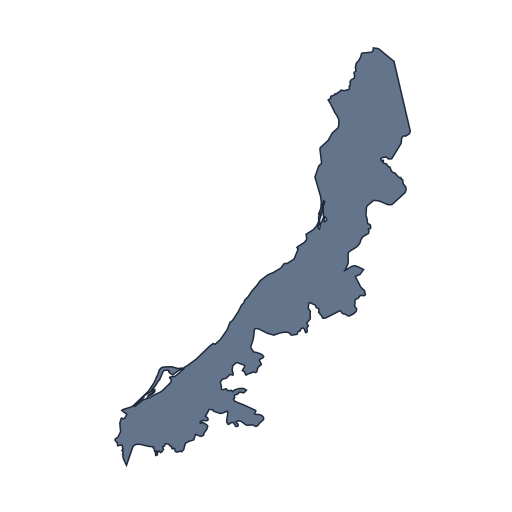 SVG path tracing the border of Veracruz, rotated 254°
{"feature_id": "MEX-2734", "entity_name": "Veracruz", "entity_type": "State", "adm_level": 1, "iso_a3": "MEX", "parent_name": "Mexico", "parent_adm1": "", "projection": "albers", "projection_center": [-96.92, 19.815], "detail": "fine", "context": "isolated", "style": "filled", "palette": "slate", "viewbox_px": 512, "rotation_deg": 254, "n_neighbors": 0, "source": "natural_earth", "source_scale": "10m", "svg_char_len": 6084}
<svg xmlns="http://www.w3.org/2000/svg" viewBox="0 0 512 512"><g transform="rotate(254 256 256)"><path d="M144.6,84.4L145.1,85.8L145.3,94.4L146.0,96.9L155.6,115.2L162.3,123.1L167.7,127.5L168.4,128.5L173.1,131.6L174.8,134.5L174.6,137.4L172.7,144.6L169.4,149.9L168.5,154.7L168.0,154.7L167.2,149.9L164.6,143.1L168.0,140.4L169.2,140.2L169.9,140.7L171.0,138.5L171.2,136.2L170.7,135.0L163.6,129.2L162.7,127.5L159.2,123.8L156.2,119.3L154.7,118.1L152.5,110.1L150.8,108.9L144.6,96.9L144.9,98.5L148.6,107.0L149.3,115.7L150.6,120.4L151.5,126.4L152.5,129.1L157.7,138.7L158.7,139.8L160.8,140.4L162.7,139.3L163.4,140.1L162.7,144.3L162.9,145.7L167.4,155.6L168.4,156.0L168.9,156.9L169.4,159.5L173.3,170.0L182.4,187.2L183.7,190.8L182.4,192.2L185.5,198.7L193.1,208.0L199.3,212.6L200.3,215.3L201.2,216.5L207.5,223.7L212.8,228.6L214.3,231.3L216.7,233.0L219.0,237.1L223.3,242.2L227.7,249.0L231.2,253.3L234.6,262.2L235.4,268.3L237.6,276.6L240.6,280.4L240.9,281.7L240.3,283.4L240.4,284.4L242.3,290.9L243.1,292.2L251.1,298.4L252.8,297.6L253.5,298.6L255.7,306.1L257.5,308.7L258.9,309.6L263.1,310.1L265.5,318.4L268.1,322.4L272.0,325.8L275.9,326.8L278.1,328.1L278.1,330.5L273.4,327.2L269.7,326.1L267.3,323.8L265.8,323.4L264.4,324.2L265.9,325.5L269.5,326.9L270.2,328.2L274.5,331.5L274.5,332.0L273.4,332.0L270.6,331.0L269.9,331.5L270.9,333.5L271.6,334.0L273.4,333.7L274.9,332.9L275.4,332.1L276.7,332.0L285.2,334.3L289.3,337.2L290.4,336.2L287.8,334.5L283.4,333.0L279.8,331.1L279.5,328.1L284.0,331.5L289.4,333.5L295.3,334.5L315.6,334.4L324.8,340.8L325.7,341.8L326.7,344.2L328.1,344.8L341.1,346.9L342.5,347.7L347.2,357.2L353.3,363.4L356.5,370.1L359.1,371.7L364.2,373.2L369.4,372.3L371.7,371.4L381.4,369.7L386.1,368.4L386.9,371.2L388.9,371.8L389.1,375.5L390.2,376.6L389.4,377.8L390.6,379.6L390.9,381.8L392.1,383.3L390.6,386.3L390.5,391.2L391.5,392.1L393.4,392.3L394.1,393.6L397.7,394.5L399.1,396.0L400.0,399.7L402.6,400.5L405.0,400.6L405.6,401.1L406.1,403.0L410.1,403.6L413.7,405.5L415.4,408.3L418.3,411.4L421.2,413.0L421.8,414.1L420.1,423.0L420.5,424.4L421.4,425.2L423.7,426.1L421.9,430.3L420.7,431.5L405.0,442.3L333.5,438.7L331.3,437.3L329.9,432.8L330.7,432.0L330.7,431.5L330.2,429.9L329.3,428.6L324.2,426.5L312.0,413.2L312.8,410.0L315.3,408.6L315.8,404.2L315.0,402.7L312.9,402.9L312.5,403.4L313.1,404.5L312.7,404.8L310.5,403.9L308.4,406.9L305.2,407.9L304.7,409.2L300.2,409.6L298.9,410.4L297.1,412.8L295.5,413.2L292.0,415.2L291.6,416.8L289.8,417.0L288.9,418.0L284.8,417.4L280.7,419.1L277.6,418.2L275.8,416.7L268.2,401.4L268.1,399.5L269.2,396.6L274.0,390.8L275.8,387.9L277.0,384.6L274.1,377.8L272.8,375.8L264.2,372.7L262.3,373.1L256.4,372.3L254.7,374.3L252.9,374.5L251.3,373.9L250.6,373.1L250.9,371.9L250.6,371.3L248.4,371.4L246.7,370.3L245.2,364.5L244.6,363.4L242.9,361.5L239.9,359.5L238.1,357.3L236.7,354.4L234.5,346.6L233.4,345.5L231.9,344.9L224.4,342.9L222.1,341.5L217.6,337.5L219.5,344.5L219.7,346.9L219.0,349.1L217.6,351.0L213.4,355.7L209.6,350.9L209.2,347.3L208.6,345.9L197.0,348.2L192.6,350.9L191.6,350.5L189.5,350.7L188.6,350.4L188.0,349.4L189.2,345.8L188.9,344.7L187.3,342.8L186.9,340.3L186.2,338.9L182.8,338.0L181.5,337.2L180.6,337.1L177.4,338.2L175.1,337.0L173.5,333.8L172.6,329.5L173.3,327.6L175.5,325.8L176.6,323.5L180.3,321.8L177.4,306.9L177.3,304.7L177.8,303.0L180.9,302.4L184.3,300.7L188.1,301.8L189.9,299.6L191.5,299.7L192.8,299.1L196.5,294.6L196.5,294.1L195.7,293.6L192.1,292.0L190.6,292.0L187.9,293.0L184.3,291.7L181.5,291.2L180.4,290.5L177.5,286.2L174.4,287.1L172.8,285.0L169.7,284.6L168.9,284.1L168.4,283.0L169.0,282.5L172.4,282.3L173.6,281.6L174.1,280.5L173.5,279.2L171.6,277.4L171.8,275.7L169.4,273.9L170.0,268.8L170.7,267.6L171.9,267.5L173.9,265.5L175.0,261.8L175.4,257.6L175.0,251.3L178.6,245.6L185.2,238.5L186.4,235.6L185.3,233.9L179.7,231.8L175.5,229.6L170.3,226.0L168.8,225.8L164.4,227.4L163.1,230.0L161.0,233.0L159.2,234.8L157.2,235.7L156.2,234.6L155.5,230.9L154.5,230.5L150.7,231.4L149.9,230.8L148.4,227.2L144.4,224.8L144.1,223.6L145.4,220.4L144.8,218.9L144.9,216.0L144.2,213.8L144.8,213.2L147.6,213.1L149.8,211.3L152.4,214.3L153.3,214.8L154.5,214.4L158.7,208.6L158.6,206.9L156.7,203.2L152.7,201.6L149.0,201.7L147.9,201.1L148.0,200.4L149.4,198.8L146.8,193.9L146.7,189.4L144.3,186.9L140.1,186.8L138.0,186.0L137.2,186.4L136.6,187.3L136.6,190.7L134.4,191.9L134.0,192.6L133.6,195.4L132.0,196.0L133.2,198.6L133.2,203.9L132.0,207.7L129.7,209.9L128.0,207.0L128.0,205.9L129.6,203.1L129.5,202.0L128.3,200.5L128.3,197.5L127.7,196.6L125.7,196.5L124.6,194.9L122.5,195.5L120.2,197.9L116.4,203.0L107.6,213.2L106.7,213.0L104.9,211.1L104.0,211.7L102.9,215.1L101.1,217.6L98.8,218.8L96.7,218.2L94.5,213.7L92.3,210.4L92.2,208.8L94.6,206.3L95.6,201.2L96.4,199.8L101.1,196.2L102.3,193.9L102.4,191.4L101.7,191.1L99.3,192.4L98.1,192.2L97.4,191.5L97.3,190.5L98.0,189.4L102.3,188.3L102.6,185.5L101.6,183.5L102.0,182.7L104.1,182.1L105.9,182.4L112.7,185.6L114.8,185.5L114.2,180.3L114.6,177.9L118.6,172.4L120.1,172.0L121.4,168.6L121.0,167.9L119.5,167.0L118.7,165.7L117.4,165.1L116.1,163.0L113.7,164.9L111.8,164.9L111.1,163.5L112.6,159.7L112.1,156.8L111.3,156.3L110.6,156.5L110.7,158.9L109.5,160.3L106.5,162.6L105.5,162.6L103.1,161.0L99.9,157.0L98.3,156.3L97.8,155.0L98.0,153.0L101.1,148.7L96.4,145.4L96.3,140.2L95.5,136.6L89.8,133.1L88.3,130.6L89.4,129.3L89.1,127.1L89.5,125.3L90.5,124.5L93.0,124.8L94.0,123.9L93.4,123.3L93.8,122.4L94.8,121.9L96.3,122.4L96.7,121.5L99.2,120.0L100.5,117.5L100.3,116.6L98.7,115.9L98.3,113.6L95.6,113.8L93.7,111.5L93.4,110.0L95.1,109.5L94.5,108.1L96.1,106.6L95.9,106.1L93.2,106.8L92.1,106.6L91.9,104.6L95.3,105.2L96.4,104.7L99.3,105.0L100.0,104.2L100.9,104.7L102.6,100.4L106.9,92.7L107.8,89.9L107.8,87.8L107.3,86.2L106.2,84.8L90.5,73.8L97.2,72.7L100.3,72.8L101.2,73.6L102.0,73.0L104.4,74.4L106.0,73.4L106.9,75.2L107.9,74.7L110.4,75.4L111.2,74.9L111.8,70.7L114.3,71.2L117.7,69.7L119.0,70.3L120.0,73.5L124.5,77.4L132.9,79.0L136.4,81.2L137.3,82.0L136.1,83.7L136.1,84.8L139.4,88.2L140.1,88.1L141.2,86.7L144.6,84.4ZM153.0,118.5L156.2,121.1L155.6,121.9L153.7,121.5L152.2,119.2L151.2,116.0L150.8,113.3L151.8,114.3L153.0,118.5Z" fill="#64748b" stroke="#1e293b" stroke-width="1.5"/></g></svg>